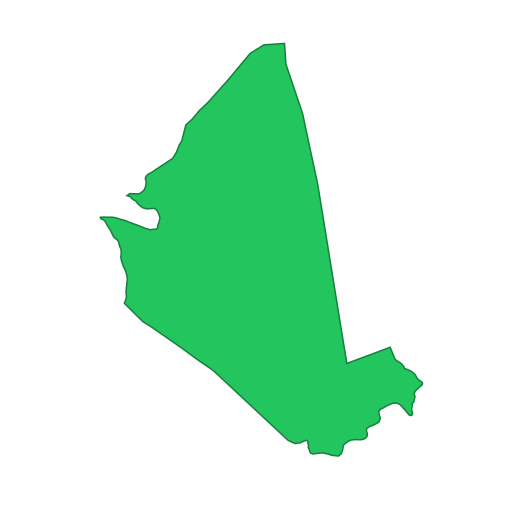 outline of Santa María Lachixío, Oaxaca, Mexico, rotated 263°
{"feature_id": "50627088B6141601826663", "entity_name": "Santa María Lachixío", "entity_type": "district", "adm_level": 2, "iso_a3": "MEX", "parent_name": "Mexico", "parent_adm1": "Oaxaca", "projection": "natural_earth1", "projection_center": [-97.056, 16.737], "detail": "fine", "context": "isolated", "style": "filled", "palette": "green", "viewbox_px": 512, "rotation_deg": 263, "n_neighbors": 0, "source": "geoboundaries", "source_scale": "gbopen_adm2", "svg_char_len": 2574}
<svg xmlns="http://www.w3.org/2000/svg" viewBox="0 0 512 512"><g transform="rotate(263 256 256)"><path d="M334.7,152.6L332.2,148.5L332.0,146.4L332.8,142.0L333.3,138.4L332.8,137.3L331.6,135.3L330.4,138.5L328.4,139.5L326.5,141.5L325.6,143.1L323.1,144.6L321.3,145.9L319.1,147.8L317.7,149.4L316.2,153.0L316.0,155.0L315.8,158.1L315.8,160.0L314.9,162.0L312.7,163.6L308.6,164.9L305.1,165.3L301.9,164.0L298.3,162.3L296.1,161.8L294.8,160.3L295.1,157.1L294.9,154.4L297.0,149.4L299.6,144.7L301.4,141.4L303.2,137.7L305.2,133.9L307.1,130.6L308.3,127.3L309.8,124.1L311.0,121.6L311.9,118.5L312.3,116.3L312.5,114.0L312.9,111.4L313.2,109.8L313.4,106.2L312.0,106.4L310.7,108.8L308.5,110.6L304.7,112.0L301.5,113.6L298.4,115.0L295.4,115.9L291.9,117.2L289.1,120.1L287.5,121.1L282.5,121.8L279.0,122.8L275.2,122.6L271.4,121.7L268.4,121.8L262.5,122.9L256.7,124.8L252.2,125.4L249.4,125.6L239.6,123.3L235.6,122.5L231.8,122.5L229.4,121.8L225.0,119.6L204.4,135.9L197.8,144.1L197.6,144.3L174.8,169.8L159.2,186.4L147.8,199.4L69.1,265.4L65.4,271.3L65.0,272.5L65.3,275.1L65.1,277.2L66.4,280.8L66.6,282.3L67.0,283.8L66.6,284.2L65.7,284.7L63.9,284.7L61.6,285.0L59.8,284.6L57.0,285.2L54.2,285.9L53.5,286.5L52.6,288.1L52.6,291.0L52.6,294.6L52.5,298.1L51.7,300.4L50.3,304.2L49.2,306.4L49.0,306.8L48.7,307.6L48.5,308.7L47.4,313.6L49.5,316.7L53.2,318.5L55.7,319.1L57.0,319.7L57.8,320.1L59.1,321.7L60.9,325.2L61.8,328.4L61.7,329.9L61.7,332.3L61.2,334.8L60.9,337.4L60.9,339.4L61.6,342.3L63.7,344.4L66.4,344.9L67.8,344.4L68.4,344.4L70.2,344.6L71.2,344.8L72.0,346.3L73.1,348.5L73.4,350.7L74.8,354.6L75.3,355.9L76.4,357.8L78.7,359.2L80.7,359.6L82.5,359.1L84.8,358.8L86.2,358.8L88.5,360.4L89.1,361.9L89.7,364.0L90.8,366.1L91.8,368.9L93.1,373.2L93.1,376.9L91.5,380.2L89.2,382.3L86.8,383.8L84.1,385.8L81.6,387.3L79.4,388.7L78.7,390.9L80.4,392.3L82.3,392.0L84.9,391.7L87.2,392.5L90.8,393.3L91.6,394.7L94.3,395.6L96.9,396.7L99.6,396.2L100.9,396.5L103.1,398.4L105.0,401.0L106.7,403.3L107.2,404.3L107.9,405.3L109.4,405.8L110.4,405.5L111.4,404.4L113.1,402.4L115.0,401.1L117.3,400.2L118.9,399.5L122.3,396.6L123.7,394.6L125.4,391.4L126.3,389.7L128.3,389.2L131.3,387.2L133.0,385.5L134.8,383.1L136.4,381.5L149.1,378.0L138.3,333.1L162.5,332.1L291.6,327.1L319.4,326.0L320.9,325.9L363.1,322.1L391.9,319.6L442.6,309.1L463.5,310.2L464.6,289.5L457.8,274.9L449.5,266.0L434.0,249.5L414.2,226.9L407.4,217.7L399.3,209.0L394.7,202.4L379.1,196.2L375.3,193.2L368.6,189.6L363.1,185.3L354.0,167.0L351.8,162.9L350.3,158.8L348.5,156.6L346.8,155.6L342.4,156.0L338.2,154.8L334.7,152.6Z" fill="#22c55e" stroke="#15803d" stroke-width="1.5"/></g></svg>